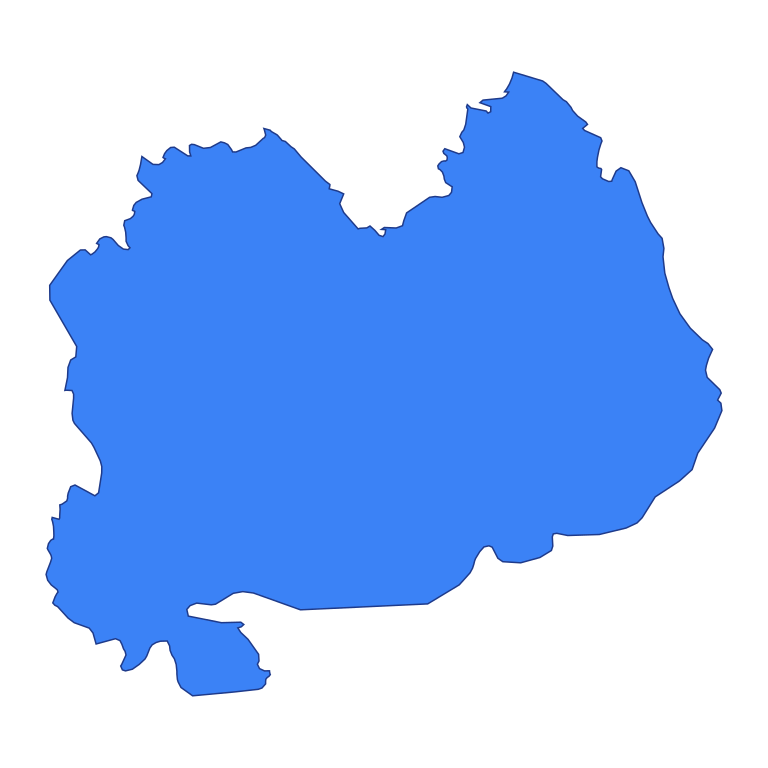 map outline of Southern Savonia (orthographic projection)
{"feature_id": "FIN-3189", "entity_name": "Southern Savonia", "entity_type": "Province", "adm_level": 1, "iso_a3": "FIN", "parent_name": "Finland", "parent_adm1": "", "projection": "orthographic", "projection_center": [27.591, 61.902], "detail": "fine", "context": "isolated", "style": "filled", "palette": "blue", "viewbox_px": 768, "rotation_deg": 0, "n_neighbors": 0, "source": "natural_earth", "source_scale": "10m", "svg_char_len": 4616}
<svg xmlns="http://www.w3.org/2000/svg" viewBox="0 0 768 768"><path d="M488.0,113.1L490.7,111.7L490.8,106.6L479.9,102.7L483.0,100.1L502.3,98.2L506.0,95.9L508.7,92.1L504.5,91.8L505.3,90.6L506.6,89.0L509.5,84.0L512.0,78.0L513.6,72.2L542.7,81.0L546.1,83.4L563.0,99.7L566.4,101.7L571.0,107.3L572.6,110.5L577.6,116.1L585.8,122.0L587.5,124.4L582.7,128.4L584.6,130.5L600.7,137.7L602.0,141.0L600.9,143.7L599.0,149.8L597.5,157.2L596.9,161.6L596.9,166.8L597.5,167.3L598.7,168.1L600.9,168.5L601.6,169.5L600.7,175.9L600.6,176.8L602.5,178.8L608.7,181.5L611.7,181.2L612.3,179.4L616.1,171.1L620.9,167.7L628.8,170.8L635.2,181.7L641.9,202.5L647.4,216.1L650.6,222.5L658.1,233.9L662.1,238.3L663.9,248.4L663.0,256.8L664.8,273.1L669.0,287.9L672.7,298.5L679.9,313.8L690.3,328.2L702.3,339.8L708.1,343.7L712.6,349.4L708.6,358.2L706.4,365.4L705.5,370.2L707.2,377.4L719.8,389.7L721.2,393.1L717.6,400.1L720.9,403.2L721.9,410.6L714.6,428.1L697.8,453.1L692.1,469.6L679.4,481.0L655.2,496.9L642.1,517.8L637.1,522.9L626.2,528.0L599.3,534.5L567.7,535.5L556.8,533.3L553.3,533.9L552.3,536.9L552.8,546.1L551.4,550.5L539.9,557.5L520.7,562.8L502.8,561.7L497.9,558.3L492.2,547.2L489.0,545.8L484.0,546.9L479.7,551.7L475.5,558.6L474.6,561.0L473.8,564.3L472.5,568.3L470.0,572.9L459.3,584.8L427.7,603.9L300.4,609.8L253.4,593.0L242.8,591.6L233.3,593.3L215.5,604.2L211.3,604.8L196.7,603.1L190.1,605.6L186.8,609.4L188.3,616.1L221.4,622.7L240.8,622.2L243.8,624.5L241.3,626.8L237.8,627.9L240.8,632.5L248.0,639.3L258.6,654.3L259.0,661.0L257.4,664.2L259.5,668.6L264.5,670.9L269.5,670.8L269.6,672.0L270.0,673.9L270.3,674.6L268.9,676.4L267.2,677.5L265.8,679.3L265.6,681.7L265.6,683.9L262.0,688.0L258.3,689.3L234.9,691.9L192.6,695.8L181.0,687.5L178.1,681.9L177.4,679.5L176.9,674.1L176.9,671.3L176.2,664.5L174.4,658.8L172.0,655.2L170.1,650.4L169.6,645.9L167.2,641.0L160.4,641.2L156.1,642.5L152.2,644.8L149.9,648.0L146.8,655.9L145.0,659.0L139.2,664.4L132.4,669.2L125.5,670.9L122.4,669.9L120.7,666.0L121.7,664.4L126.0,655.0L125.1,651.4L123.5,648.8L121.9,644.3L120.0,640.6L115.5,638.7L96.1,644.0L93.0,633.0L89.2,628.1L74.2,622.7L68.1,618.1L57.6,606.6L54.8,605.2L52.8,602.9L55.1,596.8L56.9,593.5L58.0,592.1L57.3,589.8L51.2,584.9L47.7,580.3L46.1,574.5L46.8,571.8L50.5,562.2L51.7,558.3L51.2,555.8L50.5,554.2L48.0,549.9L47.3,548.4L48.5,543.6L50.7,540.4L52.9,539.0L53.5,539.1L53.9,535.8L53.8,531.9L53.5,526.3L52.6,521.8L51.8,519.3L52.2,517.4L59.0,519.3L59.7,518.0L59.7,516.0L60.1,509.3L59.8,504.9L62.0,504.2L66.8,500.9L67.6,498.2L67.6,496.1L68.2,493.1L70.7,486.7L75.0,485.0L94.9,495.8L98.6,492.8L101.7,473.0L101.8,466.6L100.3,460.9L94.0,447.4L91.4,442.9L74.5,423.5L72.9,420.2L72.1,413.4L73.6,398.2L73.6,394.1L72.0,390.5L66.1,390.2L64.9,390.4L67.5,377.7L68.0,367.4L70.7,360.0L75.8,356.9L76.7,346.5L49.9,300.2L49.7,285.3L67.4,260.5L80.4,250.0L85.2,249.9L90.6,254.8L92.1,254.1L94.9,252.0L97.4,249.0L98.5,247.2L99.0,244.7L98.5,244.3L97.5,243.9L96.6,243.4L99.8,238.9L103.8,236.9L106.3,236.6L111.0,237.8L113.1,239.5L118.3,245.5L123.4,249.1L128.2,249.6L130.0,247.8L128.1,245.7L126.1,241.3L126.1,238.0L125.7,232.3L124.6,227.4L123.8,225.3L124.7,220.7L130.2,218.7L133.0,216.4L134.3,214.4L134.8,211.4L134.3,211.1L132.9,210.6L132.4,210.2L133.8,205.4L136.2,202.4L142.0,199.2L151.3,196.8L151.9,193.6L138.1,180.4L136.9,175.7L138.1,172.9L139.1,170.2L140.5,164.6L141.9,156.5L153.0,164.4L158.9,164.6L162.5,162.5L165.4,158.8L163.5,157.9L163.0,157.5L164.6,153.6L166.8,150.6L170.6,147.5L174.3,147.2L187.8,155.9L190.8,155.9L189.6,151.9L189.5,145.5L191.6,144.3L194.3,144.6L203.5,148.3L210.4,147.5L220.8,141.9L224.4,142.8L227.8,144.5L231.5,149.6L232.6,151.9L236.0,152.0L246.0,147.9L250.7,147.4L255.7,145.3L263.2,138.4L264.6,137.6L265.7,135.1L264.3,129.6L263.9,128.5L270.2,130.2L271.3,131.5L277.3,135.0L281.4,139.7L281.8,140.4L285.4,141.5L291.1,146.8L294.3,148.9L301.0,156.9L325.5,181.2L329.9,184.5L329.8,185.9L329.3,188.2L329.2,188.8L338.0,191.2L343.7,193.9L339.7,203.7L343.7,212.5L358.1,228.9L359.9,228.3L366.8,227.9L370.0,226.0L374.8,230.3L379.1,235.3L383.0,236.6L385.0,234.0L385.7,229.7L381.5,229.4L384.3,227.5L396.2,228.0L402.5,225.7L403.8,220.7L406.6,212.9L429.6,197.3L435.1,196.5L442.1,197.3L448.8,195.5L451.5,192.3L452.2,186.7L451.2,186.2L445.7,182.6L444.3,179.1L443.9,176.1L442.4,172.1L440.0,169.6L438.4,168.8L437.8,165.9L439.0,164.0L441.5,161.6L444.1,160.9L445.5,161.1L447.0,160.0L447.3,157.7L446.8,155.8L443.8,153.4L443.0,151.2L444.8,148.7L458.9,153.8L463.0,152.5L464.5,147.2L463.3,142.5L459.8,136.7L461.8,132.3L463.8,130.0L465.7,124.3L467.8,109.1L467.5,108.5L467.0,108.2L466.5,106.9L467.3,104.6L471.0,108.0L486.2,111.0L488.0,113.1Z" fill="#3b82f6" stroke="#1e3a8a" stroke-width="1.5"/></svg>